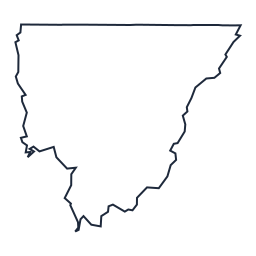 outline of Morehouse, Louisiana, United States of America
{"feature_id": "52423323B62333237786738", "entity_name": "Morehouse", "entity_type": "district", "adm_level": 2, "iso_a3": "USA", "parent_name": "United States of America", "parent_adm1": "Louisiana", "projection": "mercator", "projection_center": [-91.791, 32.757], "detail": "fine", "context": "isolated", "style": "outline", "palette": "slate", "viewbox_px": 256, "rotation_deg": 0, "n_neighbors": 0, "source": "geoboundaries", "source_scale": "gbopen_adm2", "svg_char_len": 1182}
<svg xmlns="http://www.w3.org/2000/svg" viewBox="0 0 256 256"><path d="M240.6,25.3L234.5,25.4L232.1,25.4L222.1,25.3L218.3,25.0L197.8,25.0L193.3,25.0L190.8,25.2L190.7,25.2L180.6,25.1L177.6,25.1L174.5,25.1L174.1,25.1L136.7,24.7L130.0,25.0L88.3,24.7L62.4,24.7L61.7,24.8L21.1,24.5L20.4,32.5L16.7,35.2L18.7,40.4L15.4,42.2L18.5,55.2L18.3,72.0L15.8,76.5L17.9,83.6L25.6,94.9L21.8,96.4L22.2,101.6L26.8,112.6L23.2,126.0L26.8,136.4L20.9,137.8L22.4,142.2L27.0,145.4L25.7,152.4L30.2,152.0L27.7,157.2L34.0,151.5L29.7,148.9L33.5,146.6L39.5,151.4L53.7,146.9L56.4,157.3L67.1,168.6L75.8,167.7L71.3,174.2L71.2,185.2L64.7,198.1L70.9,203.6L70.3,205.2L78.0,222.2L78.3,227.6L75.2,231.5L78.6,229.9L80.5,219.3L83.5,216.1L91.3,224.7L100.7,226.4L101.3,216.1L108.0,211.8L108.6,206.3L112.9,204.6L124.8,211.6L128.3,209.5L132.5,210.3L136.9,204.6L137.0,197.8L147.0,187.4L158.8,188.2L167.4,176.4L170.7,165.1L176.1,159.9L175.4,153.4L170.2,150.6L173.8,143.8L177.6,143.1L184.7,131.5L185.3,124.4L182.8,115.6L187.4,111.5L186.8,107.2L191.4,98.1L195.4,87.5L206.3,78.5L214.4,77.8L220.2,73.0L219.0,68.5L226.8,56.9L225.4,54.5L233.5,42.0L240.0,35.7L235.8,34.5L240.6,25.3Z" fill="none" stroke="#1e293b" stroke-width="2"/></svg>